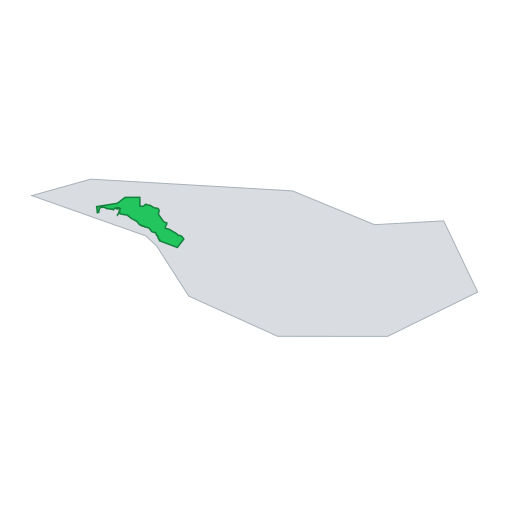 Ngebuked, Ngaraard, Palau shown in context, rotated 264°
{"feature_id": "81905179B15793502543785", "entity_name": "Ngebuked", "entity_type": "district", "adm_level": 2, "iso_a3": "PLW", "parent_name": "Palau", "parent_adm1": "Ngaraard", "projection": "albers", "projection_center": [134.626, 7.627], "detail": "fine", "context": "in_parent", "style": "filled", "palette": "green", "viewbox_px": 512, "rotation_deg": 264, "n_neighbors": 0, "source": "geoboundaries", "source_scale": "gbopen_adm2", "svg_char_len": 4863}
<svg xmlns="http://www.w3.org/2000/svg" viewBox="0 0 512 512"><g transform="rotate(264 256 256)"><path d="M271.3,446.3L197.0,472.7L162.3,378.4L173.9,269.1L223.1,185.0L276.6,158.1L287.5,148.5L339.5,39.3L349.7,99.5L316.9,299.2L274.8,377.0L271.3,446.3Z" fill="#d9dde1" stroke="#a8b0b8" stroke-width="1"/><path d="M321.8,102.7L315.0,102.7L315.3,102.8L315.5,103.1L315.7,103.4L315.9,103.4L315.9,103.5L316.2,103.7L316.2,103.9L316.3,103.8L316.4,104.1L316.6,104.2L316.8,104.2L317.3,104.5L317.5,104.6L317.9,104.8L318.0,104.9L318.5,105.0L319.0,105.1L319.4,105.3L319.5,105.3L319.7,105.6L319.9,105.7L320.1,105.6L320.3,105.9L320.3,106.0L320.3,106.3L320.5,106.7L320.5,106.8L320.6,107.0L320.7,107.3L320.7,107.5L320.7,107.8L320.6,108.0L320.6,108.3L320.4,108.4L320.4,108.6L320.5,108.7L320.7,108.8L320.6,109.2L320.6,109.4L320.6,109.6L320.4,109.9L320.2,110.2L320.1,110.3L320.0,110.5L320.1,110.9L320.0,111.0L319.6,111.4L319.5,111.5L319.4,111.6L319.1,111.9L319.0,112.1L318.9,112.2L318.9,112.3L318.8,112.6L318.7,112.8L318.6,113.0L318.6,113.3L318.6,113.5L318.6,113.8L318.4,113.9L318.3,114.1L318.3,114.3L318.3,114.6L318.4,114.8L318.3,115.0L318.1,115.5L317.8,116.1L317.7,116.4L317.7,116.7L317.7,117.0L317.6,117.3L317.7,117.5L317.6,117.8L317.3,118.1L317.3,118.3L317.2,118.4L317.2,118.6L317.3,118.8L317.2,118.9L317.3,118.9L317.3,119.0L317.5,119.3L317.5,119.5L317.8,119.8L317.8,120.0L318.1,120.2L318.2,120.3L318.2,120.5L318.3,120.7L318.4,120.8L318.4,121.0L318.3,120.9L318.2,121.0L318.0,121.3L318.0,121.5L318.1,121.8L317.9,121.9L317.7,122.0L317.4,122.3L317.3,122.7L317.3,122.9L317.5,123.0L317.3,123.2L317.2,123.3L317.2,123.5L317.4,124.0L317.5,124.1L317.5,124.3L317.4,124.4L317.4,124.5L317.6,124.7L317.9,124.6L318.1,124.5L318.3,124.3L318.2,124.7L318.2,124.9L318.1,125.0L317.9,125.3L317.7,125.3L317.2,125.5L317.2,125.9L316.6,125.4L314.8,124.6L314.2,124.4L313.6,124.1L312.0,123.1L311.3,122.4L311.1,122.5L312.2,123.4L313.9,124.4L314.3,124.6L314.9,124.8L315.7,125.1L315.8,125.3L315.7,125.3L315.5,125.2L315.3,125.1L315.0,124.9L314.9,124.9L314.7,125.0L314.4,125.2L314.1,125.0L313.8,124.9L313.5,124.7L313.4,124.6L313.2,124.6L312.9,124.6L312.7,124.7L312.6,124.8L312.6,125.0L312.4,125.1L312.3,125.3L312.2,125.4L312.0,125.9L311.9,126.0L311.8,126.4L311.8,126.6L311.7,126.8L311.5,127.0L311.4,127.3L311.3,127.8L311.3,128.3L311.1,128.7L311.0,128.9L310.9,129.1L310.8,129.5L310.8,129.9L310.7,129.9L310.6,130.1L310.6,130.4L310.6,130.6L310.6,130.9L310.4,131.3L310.3,131.5L310.0,132.2L310.0,132.4L309.8,132.5L309.6,132.6L309.6,132.8L309.4,133.0L309.0,133.4L308.9,133.5L308.8,133.8L308.6,133.8L308.4,133.9L308.3,134.2L307.9,134.4L307.7,134.6L307.6,134.8L307.5,135.0L307.3,135.1L307.1,135.2L307.0,135.4L306.8,135.6L306.6,135.7L306.4,135.9L306.0,136.4L305.7,137.1L305.5,137.5L305.4,137.6L305.2,137.8L305.1,138.1L304.9,138.2L304.7,138.4L304.6,138.5L303.8,139.8L303.5,140.1L303.3,140.3L303.2,140.4L303.2,140.6L302.9,140.9L302.9,141.0L302.8,141.3L302.5,141.3L302.4,141.4L302.1,141.6L301.9,141.8L301.5,142.0L301.1,142.2L301.0,142.4L300.7,142.5L300.1,142.8L299.7,143.2L299.6,143.4L299.3,143.6L299.0,143.9L298.9,144.0L298.9,144.4L298.9,144.5L298.8,144.4L298.7,144.5L298.4,144.7L298.1,145.2L298.0,145.4L297.8,145.6L297.6,146.1L297.4,146.4L297.4,146.8L297.5,147.0L297.6,147.3L297.4,147.3L297.0,147.6L297.0,147.8L296.9,148.0L296.5,148.4L296.4,148.6L296.3,148.9L296.3,149.0L296.2,149.4L296.2,149.7L295.8,150.5L295.6,151.1L295.4,151.4L295.3,151.6L295.1,152.2L295.0,152.6L294.4,153.0L294.1,153.0L293.8,153.3L293.6,153.3L293.1,153.8L292.9,153.9L292.4,154.1L292.0,154.3L291.8,154.5L291.6,154.5L291.4,154.6L291.2,154.9L291.1,155.1L290.9,155.3L290.7,155.7L290.6,155.9L290.5,156.2L290.4,156.4L290.3,156.7L290.2,156.9L289.9,157.3L290.0,158.3L289.7,158.5L289.2,158.7L289.2,158.9L289.1,159.0L288.6,158.9L288.2,159.0L287.9,159.3L287.8,159.5L287.7,159.5L287.7,159.4L287.6,159.2L287.4,159.3L287.1,159.3L286.9,159.5L286.7,159.8L286.3,160.1L286.2,160.1L286.2,160.3L286.2,160.5L285.8,160.6L285.6,160.6L285.2,160.4L284.6,160.4L284.3,160.4L284.0,160.5L283.7,160.7L283.3,160.8L283.1,161.0L282.9,161.1L282.7,161.3L282.6,161.6L282.3,161.8L282.1,161.9L281.9,161.7L281.7,161.6L281.2,161.6L272.7,178.7L280.4,186.0L283.1,184.4L284.5,182.5L284.6,180.7L286.0,179.9L287.6,178.0L289.4,175.4L291.6,172.6L293.0,168.8L294.2,169.1L295.3,169.0L296.3,170.2L297.3,170.7L298.3,170.7L299.0,168.9L299.3,168.3L299.8,167.8L300.8,167.2L304.5,165.1L306.7,163.9L307.3,163.6L307.8,163.4L308.7,163.5L309.3,163.7L310.0,164.1L310.6,164.3L311.1,164.4L311.8,164.3L312.2,164.2L312.7,164.1L313.1,163.8L313.7,163.1L313.9,162.6L314.5,160.1L314.8,159.5L315.7,158.3L317.3,156.3L317.6,155.8L317.7,155.5L317.7,154.4L317.8,154.0L317.9,153.6L318.6,152.9L318.8,152.5L319.0,152.2L319.0,151.8L318.9,151.5L318.7,151.1L317.8,150.1L317.5,149.6L317.3,148.9L317.4,147.8L317.6,145.8L326.5,146.6L328.0,132.0L322.9,123.5L321.8,102.7Z" fill="#22c55e" stroke="#15803d" stroke-width="1.5"/></g></svg>